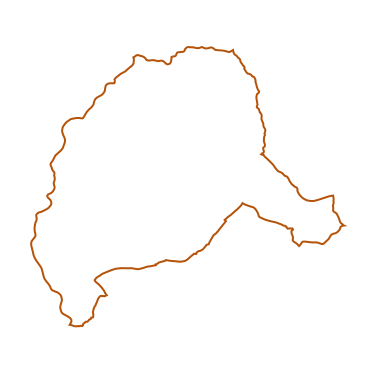 Guateque, Boyacá, Colombia, rotated 96°
{"feature_id": "7082276B31731759367156", "entity_name": "Guateque", "entity_type": "district", "adm_level": 2, "iso_a3": "COL", "parent_name": "Colombia", "parent_adm1": "Boyacá", "projection": "mercator", "projection_center": [-73.483, 5.023], "detail": "fine", "context": "isolated", "style": "outline", "palette": "amber", "viewbox_px": 384, "rotation_deg": 96, "n_neighbors": 0, "source": "geoboundaries", "source_scale": "gbopen_adm2", "svg_char_len": 5962}
<svg xmlns="http://www.w3.org/2000/svg" viewBox="0 0 384 384"><g transform="rotate(96 192 192)"><path d="M234.6,79.8L232.8,78.5L230.4,77.3L229.9,76.7L229.6,75.5L229.5,74.0L229.6,67.8L229.1,62.7L229.3,61.2L230.2,57.5L230.0,56.2L229.3,55.4L224.6,51.3L220.4,49.3L219.8,48.8L218.9,47.3L217.8,44.7L216.7,43.2L214.4,41.5L213.2,41.0L211.4,40.6L210.9,40.3L209.9,39.0L209.5,37.4L209.3,38.0L208.4,38.8L207.9,39.9L207.2,40.8L206.4,41.5L202.3,43.4L198.8,45.6L198.0,46.4L196.7,49.0L196.2,49.5L195.4,49.8L193.1,49.8L191.5,50.3L190.5,50.4L187.8,49.9L186.6,50.4L184.5,50.3L180.8,51.3L181.9,55.2L186.5,65.4L188.0,69.3L188.4,71.2L188.5,73.5L188.4,75.1L188.3,76.7L187.4,79.3L186.7,80.8L185.8,82.2L183.4,85.0L180.8,86.8L179.9,87.2L179.2,87.4L178.4,87.3L177.3,87.7L176.7,88.3L176.5,88.8L176.0,90.4L174.7,92.2L173.8,93.7L173.1,94.1L172.6,94.7L171.2,95.9L168.4,97.6L167.3,98.6L166.7,99.3L166.2,101.2L166.0,101.7L164.3,103.6L163.5,104.8L162.8,106.9L162.2,108.8L161.5,109.5L159.3,111.7L156.4,114.2L152.8,118.5L151.8,120.0L151.4,120.3L149.0,123.7L147.6,124.7L147.6,126.2L147.3,127.1L146.1,126.1L145.8,125.4L145.2,124.9L144.4,124.7L141.0,125.9L140.5,125.8L139.1,124.5L138.6,124.3L137.0,124.5L134.5,125.6L133.7,125.9L130.3,126.0L129.0,125.9L128.3,125.5L127.8,125.4L127.0,125.6L126.4,126.0L125.5,125.9L124.1,125.5L123.1,125.5L122.1,125.8L121.2,126.3L119.5,127.6L118.8,127.9L116.1,128.4L113.8,129.8L112.2,130.6L109.1,130.6L107.9,131.0L106.9,131.5L105.5,133.0L103.4,133.8L102.6,134.2L101.0,136.3L100.3,136.5L98.1,136.0L93.3,137.4L91.2,137.9L88.5,137.7L87.8,137.4L87.2,137.0L86.8,136.3L86.2,136.0L85.4,135.8L84.6,136.0L83.6,137.0L80.5,138.6L78.8,139.1L76.1,140.3L74.2,140.5L72.6,141.2L71.2,142.3L70.9,142.8L70.9,143.7L70.7,144.1L69.4,145.3L69.1,145.8L68.4,148.1L68.4,148.9L68.1,149.4L67.1,150.5L65.9,151.5L63.8,153.0L63.3,153.0L62.8,152.7L62.2,152.9L61.4,153.6L60.4,155.0L59.3,155.6L58.1,156.9L57.4,157.3L55.2,158.1L54.5,158.7L53.5,160.4L52.4,161.3L51.8,162.0L50.9,163.8L50.5,164.3L49.0,165.2L46.5,166.1L47.8,167.6L49.0,169.7L48.4,173.2L48.1,176.6L48.3,183.5L47.0,185.6L46.2,187.4L46.3,188.6L47.2,190.6L47.8,193.1L47.6,194.7L46.8,197.4L48.2,200.2L48.4,202.6L48.0,205.6L48.3,211.3L49.1,212.7L50.8,213.9L52.3,214.2L52.9,214.6L53.5,215.5L54.6,220.8L55.4,221.6L57.0,222.0L58.2,222.5L58.8,223.3L59.4,225.7L60.1,226.6L61.5,226.3L65.1,226.6L66.7,227.5L67.4,228.9L67.6,230.1L66.9,231.5L65.4,233.4L64.7,234.9L64.5,236.0L65.4,239.6L65.0,242.6L64.9,244.6L65.8,248.7L65.7,249.8L65.4,251.1L64.0,252.3L63.1,253.4L62.1,255.9L62.1,257.2L61.7,258.6L61.5,260.0L61.8,261.5L63.1,262.8L64.3,264.4L65.3,263.9L66.6,263.6L70.2,263.6L72.2,264.5L75.6,267.9L79.2,271.2L82.0,275.3L86.4,279.8L88.0,280.8L89.6,280.4L90.6,280.3L91.9,280.7L92.1,281.9L92.5,285.2L93.2,287.2L94.5,288.5L95.6,289.0L101.0,289.4L103.0,290.4L105.0,292.0L107.6,295.9L109.3,297.6L110.9,298.4L113.2,298.9L115.3,299.1L118.5,301.0L120.6,303.0L123.2,304.9L126.1,306.3L128.7,307.5L130.1,308.3L130.3,309.4L130.2,311.8L130.5,314.6L131.4,317.9L132.3,320.3L135.4,323.9L138.0,325.8L140.9,327.3L143.4,327.6L145.4,327.5L148.3,326.3L151.8,324.3L153.4,323.7L155.7,323.6L161.8,325.1L164.2,326.5L170.0,331.7L175.6,333.9L177.4,335.0L178.8,335.6L180.1,335.4L182.3,334.2L184.3,333.3L185.9,332.1L186.7,331.1L188.0,330.7L190.2,330.8L191.5,330.2L193.0,329.9L195.0,329.9L196.6,330.4L198.2,330.4L201.5,329.1L203.1,329.2L205.2,330.0L206.7,331.0L207.9,332.2L209.6,335.0L211.0,335.6L212.5,334.9L214.7,332.0L216.4,331.1L218.3,330.6L220.4,331.4L222.8,333.0L224.6,335.2L227.7,340.2L228.2,341.9L229.4,343.5L230.8,344.4L231.9,344.5L233.5,343.9L235.5,343.6L237.4,343.9L239.2,344.6L241.4,344.8L244.5,344.8L247.2,344.4L249.6,343.5L251.5,343.1L252.8,343.3L257.6,346.3L259.4,346.6L261.1,346.4L262.8,346.0L268.2,344.0L271.5,342.9L274.2,341.4L276.7,339.5L282.5,334.4L284.0,333.5L288.4,331.8L291.8,330.6L293.7,329.6L295.5,328.1L298.3,325.3L300.8,323.2L302.6,322.4L304.1,321.1L305.3,317.7L305.8,315.6L306.8,313.6L308.3,311.9L309.5,311.1L312.6,310.1L314.2,310.1L316.8,310.7L319.5,311.0L321.2,310.9L324.6,309.6L325.8,308.7L326.8,307.2L328.9,302.1L330.1,300.1L331.0,299.2L331.9,298.6L333.8,298.4L336.9,299.8L336.9,298.2L337.7,295.2L337.8,293.2L337.2,291.6L337.4,290.5L336.7,288.7L336.8,287.4L336.6,287.0L336.3,286.7L335.8,286.5L335.1,286.6L334.4,286.4L333.0,284.7L332.4,284.4L332.1,284.0L332.0,282.7L331.8,282.3L330.9,281.6L329.8,281.0L329.4,280.7L329.3,280.0L329.1,279.6L328.8,279.4L327.5,279.1L327.2,277.7L326.9,277.3L326.4,277.2L323.7,277.4L322.6,277.7L321.7,278.1L320.3,277.7L319.2,277.8L317.9,277.3L317.0,277.2L316.3,277.0L315.2,276.2L313.3,275.8L311.9,275.2L309.4,274.6L307.5,274.0L305.7,272.9L305.0,272.1L304.8,271.5L305.0,270.5L304.8,270.2L304.7,269.7L304.9,268.3L303.6,266.0L301.9,267.6L299.6,269.0L296.6,271.7L293.5,275.2L292.3,277.1L291.2,278.6L290.0,279.6L289.8,279.6L287.6,278.3L286.0,276.6L285.0,275.1L283.4,273.4L282.2,271.7L278.0,263.8L276.2,259.6L275.1,254.2L274.6,248.1L274.1,244.1L274.3,240.9L274.3,239.6L274.5,237.7L274.2,236.9L273.5,234.6L270.8,228.3L270.0,224.9L268.6,220.4L267.9,220.7L266.9,218.9L265.5,217.4L264.0,213.5L263.1,211.4L262.4,210.8L262.7,207.4L262.7,204.8L262.6,201.4L262.6,198.0L262.5,195.9L262.2,194.6L261.2,191.7L260.6,190.7L259.8,189.7L257.2,187.3L256.4,186.7L254.7,184.9L253.2,183.6L253.2,181.3L252.3,181.3L251.5,180.9L250.2,179.4L249.8,178.0L249.1,176.8L247.8,175.1L244.6,172.9L243.1,172.1L242.7,171.4L242.2,169.9L240.5,169.5L238.3,168.6L232.7,166.0L232.0,165.4L231.4,164.5L229.9,163.2L217.4,155.2L216.4,156.6L212.9,153.5L211.0,151.2L205.9,146.6L204.9,145.5L200.3,141.8L197.8,140.6L198.8,138.3L199.9,134.2L200.9,129.1L201.4,128.3L202.6,126.9L205.1,124.9L206.7,124.0L208.2,123.4L209.5,122.7L210.2,121.4L211.9,116.2L212.2,114.4L212.5,113.2L213.6,104.6L214.1,103.1L214.8,100.1L215.8,97.6L215.9,96.1L216.5,95.6L216.4,94.7L217.7,93.8L218.5,93.0L218.1,91.7L217.8,88.4L218.5,87.7L218.8,87.7L219.1,87.8L220.2,88.9L220.9,89.0L222.5,88.7L226.2,86.9L226.9,86.8L229.6,86.8L230.5,86.0L232.3,82.5L234.6,79.8Z" fill="none" stroke="#b45309" stroke-width="2"/></g></svg>